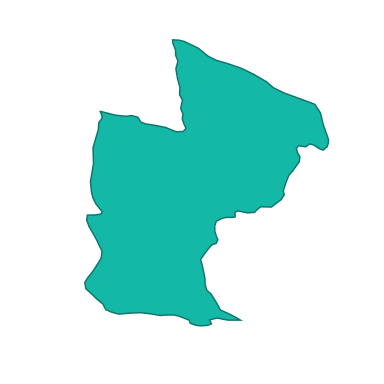 outline of Övertorneå, Norrbotten, Sweden, rotated 19°
{"feature_id": "70781695B64947384355586", "entity_name": "Övertorneå", "entity_type": "district", "adm_level": 2, "iso_a3": "SWE", "parent_name": "Sweden", "parent_adm1": "Norrbotten", "projection": "natural_earth1", "projection_center": [23.504, 66.517], "detail": "fine", "context": "isolated", "style": "filled", "palette": "teal", "viewbox_px": 384, "rotation_deg": 19, "n_neighbors": 0, "source": "geoboundaries", "source_scale": "gbopen_adm2", "svg_char_len": 1920}
<svg xmlns="http://www.w3.org/2000/svg" viewBox="0 0 384 384"><g transform="rotate(19 192 192)"><path d="M79.0,145.7L81.5,148.5L83.0,151.4L81.3,156.7L83.1,163.4L84.0,182.3L89.7,197.5L92.6,215.3L97.1,225.0L100.6,230.2L104.7,234.3L111.7,238.8L113.7,240.1L113.2,242.4L107.7,245.3L100.6,247.9L101.6,252.9L106.1,258.4L111.6,263.1L118.2,269.1L121.7,272.8L126.2,277.2L127.7,284.3L124.6,297.2L124.2,298.8L121.1,307.7L120.1,312.5L123.1,318.0L131.7,321.7L136.7,324.1L144.3,327.0L148.8,331.3L150.7,331.4L154.9,331.8L162.5,331.3L172.6,326.8L182.7,322.8L194.8,320.2L202.3,319.1L206.4,317.2L214.4,314.3L220.5,313.6L231.1,314.1L233.1,316.7L239.7,316.7L244.7,315.4L250.2,313.0L253.3,310.4L250.2,307.2L256.8,303.0L267.9,301.4L279.5,297.4L274.3,296.3L265.9,295.1L257.2,294.3L252.0,289.4L243.0,282.1L238.2,280.3L234.6,275.4L232.3,269.4L227.8,261.7L224.6,256.5L222.0,253.1L224.6,244.4L226.5,238.9L228.1,235.4L231.6,232.6L232.0,228.7L229.4,225.9L226.5,221.9L224.5,216.6L224.5,211.6L229.7,206.6L233.5,204.5L237.4,203.3L240.9,201.6L239.3,197.0L241.9,194.8L251.2,193.7L257.7,190.9L259.3,187.4L261.8,183.6L272.1,180.3L275.6,174.8L278.8,170.2L280.1,164.6L277.9,161.1L277.8,152.5L278.1,144.8L280.4,139.1L283.6,128.5L282.6,123.6L279.0,120.5L276.5,116.9L277.7,113.6L284.8,112.2L287.7,108.2L291.2,107.9L298.6,109.6L302.4,109.7L305.0,105.3L305.0,101.2L304.0,98.0L293.7,84.9L287.6,75.3L279.5,69.1L273.9,68.9L246.8,68.4L234.8,66.9L226.8,63.6L212.8,60.8L198.7,59.0L183.2,59.0L172.7,59.6L163.7,58.5L159.2,57.0L151.2,54.0L135.6,52.2L130.1,52.7L124.1,54.5L125.6,57.8L130.1,62.9L132.1,68.2L136.1,72.7L136.6,80.6L141.1,89.0L146.6,97.2L148.6,104.1L153.1,108.2L153.6,112.8L154.1,116.8L158.1,121.2L159.1,126.3L162.6,130.7L165.6,133.7L164.1,137.6L157.6,140.2L146.0,139.6L136.0,140.9L126.0,142.7L120.9,142.5L116.4,138.9L109.9,139.4L105.4,141.7L100.4,143.0L94.3,144.3L88.3,144.8L79.3,145.6L79.0,145.7Z" fill="#14b8a6" stroke="#0f766e" stroke-width="1.5"/></g></svg>